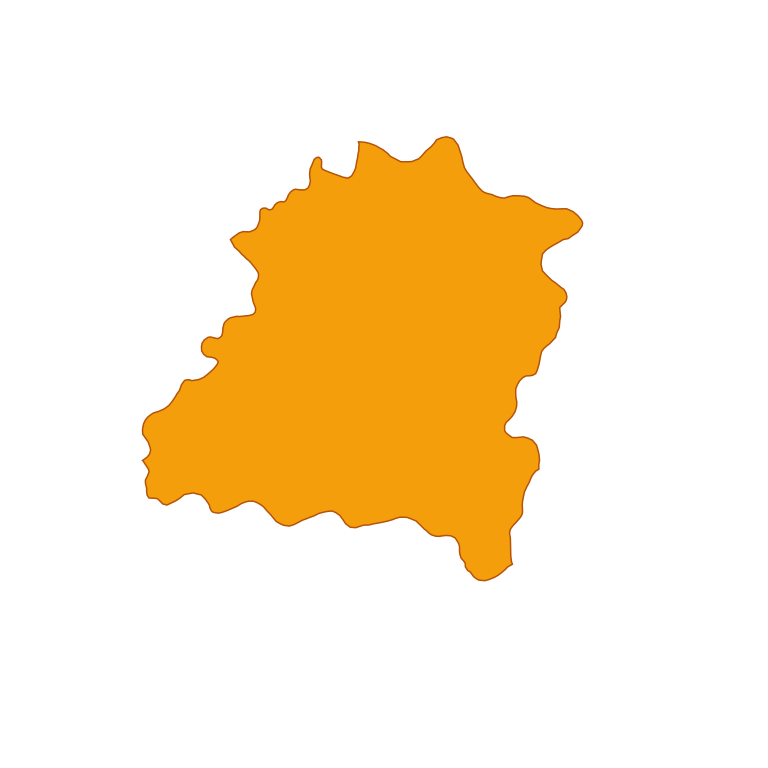 outline of Shumilina, Vitebsk, Belarus, rotated 233°
{"feature_id": "67162791B70451788382486", "entity_name": "Shumilina", "entity_type": "district", "adm_level": 2, "iso_a3": "BLR", "parent_name": "Belarus", "parent_adm1": "Vitebsk", "projection": "mercator", "projection_center": [29.497, 55.329], "detail": "fine", "context": "isolated", "style": "filled", "palette": "amber", "viewbox_px": 768, "rotation_deg": 233, "n_neighbors": 0, "source": "geoboundaries", "source_scale": "gbopen_adm2", "svg_char_len": 5463}
<svg xmlns="http://www.w3.org/2000/svg" viewBox="0 0 768 768"><g transform="rotate(233 384 384)"><path d="M591.8,348.3L588.6,347.8L583.2,347.0L577.3,348.2L573.3,348.5L570.3,349.1L567.1,349.5L564.1,350.3L560.7,350.7L557.6,350.7L553.8,350.9L549.2,350.6L547.3,350.0L544.5,347.6L543.0,345.1L542.2,342.4L540.5,339.5L539.1,336.4L537.8,334.6L535.9,332.5L528.4,329.0L525.3,328.1L521.7,327.1L519.2,324.8L518.6,323.1L518.5,320.9L520.1,317.0L521.6,314.7L522.9,312.3L525.3,308.6L526.6,307.3L529.2,301.5L529.7,298.8L529.2,294.6L528.5,292.6L525.7,289.1L523.9,287.6L522.3,286.1L520.2,283.5L519.8,281.3L520.4,278.3L523.5,275.8L526.1,273.6L527.2,271.4L527.3,266.9L526.0,263.2L523.6,260.6L520.1,258.3L516.4,257.9L512.5,258.9L510.8,260.6L508.7,262.8L506.0,264.6L503.7,265.1L501.6,265.1L500.1,262.8L499.1,259.2L498.5,256.6L498.2,253.0L497.9,248.6L497.8,244.0L499.1,238.5L501.0,235.1L502.2,232.6L504.6,231.0L505.7,229.5L506.8,227.2L506.5,225.5L505.2,221.6L503.5,219.2L501.8,216.4L500.7,212.7L499.4,209.7L498.5,207.1L497.5,204.1L496.4,199.7L496.3,196.0L496.4,193.3L497.8,187.4L498.8,184.8L499.7,181.9L499.8,179.6L499.8,175.7L498.9,171.9L497.0,168.2L495.0,165.8L492.7,163.5L489.0,161.1L486.2,161.0L479.6,160.8L475.0,159.3L471.8,158.0L469.1,154.5L468.1,150.8L468.2,148.4L468.2,146.8L468.2,145.1L467.6,145.3L463.6,145.0L461.1,144.9L458.2,144.7L455.4,143.7L453.4,140.6L452.4,138.8L450.9,135.7L448.4,133.8L445.9,132.7L443.5,131.7L441.3,129.9L437.9,128.0L434.4,127.7L431.9,130.7L429.6,133.3L428.3,134.2L424.8,134.7L421.4,135.1L418.0,137.8L416.9,142.9L415.9,148.1L415.7,153.1L415.9,158.0L414.1,161.6L411.9,166.0L409.1,168.2L405.3,171.3L399.9,172.0L395.1,171.9L392.0,171.5L389.9,170.4L386.5,169.8L384.3,170.4L380.7,173.8L379.2,176.8L377.9,180.6L376.6,185.5L374.8,193.0L374.4,197.9L373.3,202.0L371.7,205.7L368.8,209.3L365.7,211.2L362.3,212.7L358.4,213.9L352.9,214.2L348.1,214.8L343.2,215.0L339.1,215.2L335.9,216.5L331.7,218.7L327.5,222.9L326.0,227.2L325.2,231.3L324.3,236.9L323.1,240.9L322.2,244.3L320.9,248.3L319.7,254.5L317.6,259.5L315.9,262.9L313.6,266.3L310.1,268.2L305.7,269.6L301.2,269.6L295.3,269.3L290.0,270.8L286.3,274.9L283.6,282.7L280.4,287.2L278.6,291.6L275.4,297.8L272.8,303.4L270.6,309.0L269.6,312.7L268.0,316.6L263.8,322.0L260.1,324.4L255.3,327.2L251.4,327.8L247.6,328.4L244.3,328.8L241.4,329.6L237.7,330.2L234.9,331.2L231.3,333.7L229.1,336.4L227.6,339.2L225.7,342.4L222.6,346.0L218.2,348.2L214.0,347.9L211.1,347.5L208.1,346.1L205.8,344.2L202.8,342.3L198.5,340.8L194.4,341.1L192.0,341.0L188.9,338.9L184.8,338.6L181.7,339.8L176.3,339.6L173.5,340.4L170.3,341.7L166.3,346.1L164.7,350.0L163.2,355.6L162.6,359.7L162.6,364.5L162.9,369.5L163.5,372.4L162.8,378.1L165.4,378.9L170.3,381.7L173.9,384.3L178.2,387.4L181.8,390.0L185.2,392.4L188.6,394.0L190.4,395.6L191.9,397.4L193.2,401.3L193.9,405.6L194.7,409.5L195.2,411.8L196.2,414.8L197.9,417.2L201.0,419.5L204.1,421.5L207.0,424.1L210.7,428.2L213.5,431.5L216.1,436.5L218.1,440.8L220.8,445.3L222.2,448.8L223.1,452.7L222.8,456.5L226.4,459.0L229.4,462.3L234.3,465.3L238.9,467.3L243.3,469.0L249.7,468.7L254.1,466.4L257.8,463.6L261.7,457.2L264.1,454.2L268.2,452.8L271.7,452.1L274.2,452.3L278.1,455.3L279.8,458.3L280.2,462.3L281.1,467.1L283.0,472.0L286.0,476.1L289.5,479.1L294.1,481.4L297.5,483.7L301.0,486.5L303.3,490.4L304.9,494.1L305.6,499.0L304.9,502.4L302.8,505.4L301.5,508.0L301.0,511.4L302.8,514.7L306.3,519.5L309.5,523.0L311.9,525.5L315.1,529.5L316.2,533.1L316.5,536.8L316.5,540.5L317.2,544.5L317.9,548.9L320.9,552.8L323.6,557.9L329.2,562.9L331.5,565.5L335.9,568.2L339.3,570.3L339.8,574.0L340.3,577.3L340.5,578.6L341.9,580.9L343.7,582.6L347.2,584.2L351.3,584.6L353.9,583.7L362.2,581.6L366.1,580.3L372.6,579.3L379.0,578.6L385.0,581.4L387.6,583.7L392.4,588.8L393.4,593.4L393.4,597.8L392.9,602.9L392.2,607.6L391.5,614.0L389.2,618.8L389.2,623.2L388.7,629.9L389.7,633.6L391.1,637.5L393.1,639.6L395.9,640.3L402.1,640.1L407.9,638.7L410.9,637.1L413.9,635.4L416.5,632.0L419.9,627.1L423.6,623.0L427.1,620.0L430.8,617.7L434.2,615.8L437.9,614.0L445.8,611.7L449.5,609.1L452.9,605.2L456.6,600.6L458.7,596.0L460.1,591.8L462.9,589.0L465.2,587.2L467.8,585.5L470.1,584.4L472.7,582.2L476.0,579.7L479.1,578.5L483.9,577.9L490.7,577.9L494.7,578.0L499.3,577.9L504.0,577.9L508.3,578.4L513.2,580.3L519.0,583.0L524.3,584.9L530.3,586.9L534.2,586.9L537.7,586.9L539.8,585.8L543.7,582.8L546.0,578.4L547.4,572.9L546.0,568.9L545.1,564.1L544.8,557.6L543.4,551.2L543.0,547.2L544.8,540.3L546.9,537.1L551.5,531.1L555.5,529.2L562.2,526.0L565.4,525.8L571.8,524.1L574.6,522.8L579.2,520.9L585.0,517.2L588.5,514.2L590.8,511.7L592.8,509.4L590.4,508.4L588.6,506.6L585.7,504.5L583.6,502.0L580.5,498.9L577.5,495.5L573.5,491.2L571.9,488.6L569.7,483.5L570.0,479.2L574.2,475.4L576.1,474.3L579.1,472.3L581.8,470.5L585.6,468.1L590.6,465.1L592.8,464.1L595.1,464.6L596.6,466.0L599.0,467.9L600.7,468.9L602.7,468.7L604.4,468.4L605.4,466.5L605.4,463.4L602.0,457.8L600.3,454.6L596.7,451.1L594.1,449.4L590.4,447.3L587.6,444.1L586.1,440.7L587.0,437.0L587.8,436.2L589.8,433.5L590.9,432.5L593.0,430.3L593.6,428.1L593.6,425.0L592.4,421.2L591.2,419.4L590.2,417.4L589.5,415.6L589.6,413.7L591.5,411.8L592.7,409.0L593.0,407.3L592.7,404.6L591.7,402.1L591.0,399.9L591.8,397.6L592.8,396.7L595.7,395.4L596.8,393.9L597.4,392.7L597.5,390.3L596.5,388.8L594.6,387.3L593.1,386.1L590.5,384.1L589.0,382.5L587.6,380.4L585.9,377.7L585.2,375.5L585.2,372.8L585.8,370.2L586.7,367.8L587.8,366.4L590.5,363.2L591.8,359.3L591.9,355.9L592.0,351.9L591.8,348.3Z" fill="#f59e0b" stroke="#b45309" stroke-width="1.5"/></g></svg>